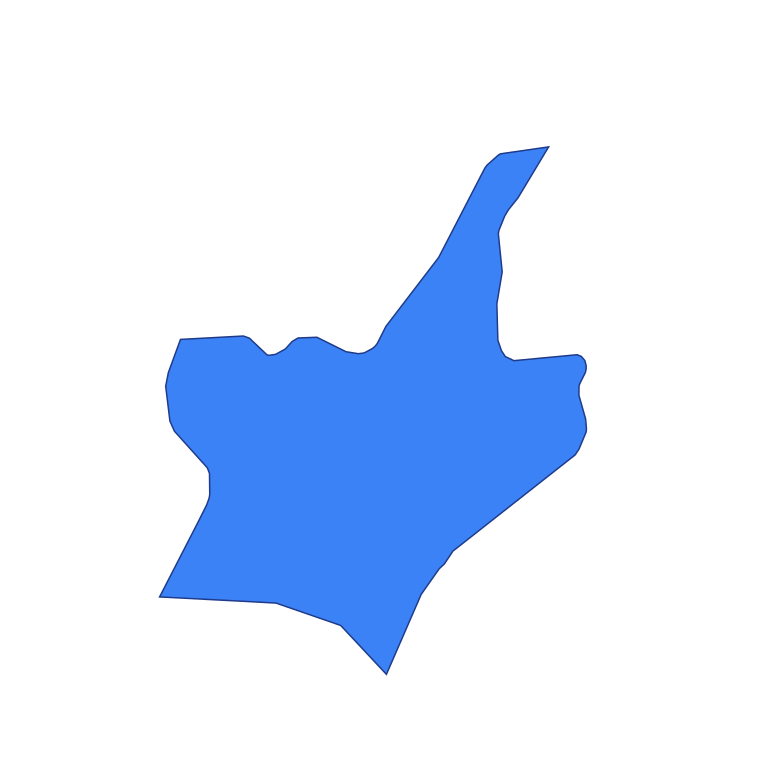 SVG path tracing the border of Barking and Dagenham, rotated 22°
{"feature_id": "GBR-2060", "entity_name": "Barking and Dagenham", "entity_type": "London Borough", "adm_level": 1, "iso_a3": "GBR", "parent_name": "United Kingdom", "parent_adm1": "", "projection": "mercator", "projection_center": [0.139, 51.548], "detail": "fine", "context": "isolated", "style": "filled", "palette": "blue", "viewbox_px": 768, "rotation_deg": 22, "n_neighbors": 0, "source": "natural_earth", "source_scale": "10m", "svg_char_len": 986}
<svg xmlns="http://www.w3.org/2000/svg" viewBox="0 0 768 768"><g transform="rotate(22 384 384)"><path d="M447.8,102.5L438.5,161.2L434.1,175.9L433.0,183.1L433.0,198.4L433.7,201.8L451.6,235.8L458.6,267.4L473.2,300.8L480.4,309.1L486.2,313.1L495.7,313.7L552.1,284.5L556.6,284.5L561.4,287.0L564.6,291.3L565.8,294.4L566.4,297.9L565.4,310.5L565.6,312.9L569.0,321.5L584.1,341.0L588.5,349.7L589.4,352.8L589.2,371.2L587.8,378.1L510.5,513.1L507.4,528.2L504.4,534.6L497.3,565.1L495.0,652.3L434.3,624.1L365.9,627.6L337.5,637.3L255.7,665.5L263.3,582.2L264.9,562.3L264.6,555.2L263.8,551.7L255.7,532.3L251.6,527.9L207.4,506.3L199.4,498.6L182.4,467.8L179.8,454.3L178.6,418.9L235.6,392.2L242.0,391.9L264.6,400.8L266.6,400.5L272.4,397.1L279.4,388.5L282.9,379.0L287.1,373.5L304.3,365.8L336.7,368.3L348.9,365.5L354.0,362.6L360.0,355.4L361.7,352.2L362.6,348.8L364.2,329.8L387.3,246.1L396.6,146.3L397.5,142.5L404.2,129.0L405.8,126.9L447.8,102.5Z" fill="#3b82f6" stroke="#1e3a8a" stroke-width="1.5"/></g></svg>